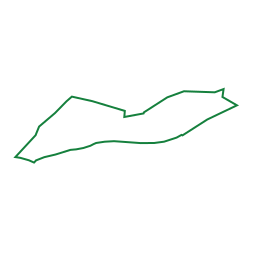 Grande Riviere/Funier, Dennery, Saint Lucia, rotated 120°
{"feature_id": "8701671B45029066757980", "entity_name": "Grande Riviere/Funier", "entity_type": "district", "adm_level": 2, "iso_a3": "LCA", "parent_name": "Saint Lucia", "parent_adm1": "Dennery", "projection": "albers", "projection_center": [-60.933, 13.933], "detail": "fine", "context": "isolated", "style": "outline", "palette": "green", "viewbox_px": 256, "rotation_deg": 120, "n_neighbors": 0, "source": "geoboundaries", "source_scale": "gbopen_adm2", "svg_char_len": 708}
<svg xmlns="http://www.w3.org/2000/svg" viewBox="0 0 256 256"><g transform="rotate(120 128 128)"><path d="M46.5,64.7L53.7,70.7L68.2,97.9L81.8,109.3L106.4,122.0L107.6,121.8L120.3,136.7L114.8,139.3L122.6,172.3L128.9,192.3L135.6,194.6L151.6,198.7L171.2,205.7L178.6,204.7L180.4,204.4L209.5,211.0L207.7,206.4L205.5,197.7L205.3,195.7L204.9,192.1L202.9,191.6L202.1,191.5L195.1,185.9L187.2,177.5L175.8,167.0L174.3,164.9L172.4,162.2L167.6,156.6L165.7,154.9L162.2,151.7L159.2,149.8L156.9,148.1L151.5,141.3L146.4,133.5L142.6,125.7L134.7,109.4L127.8,97.7L121.8,89.9L113.8,82.7L112.0,81.1L109.2,79.4L107.2,78.2L107.1,77.1L81.0,63.6L53.9,45.0L53.9,61.7L46.5,64.7Z" fill="none" stroke="#15803d" stroke-width="2"/></g></svg>